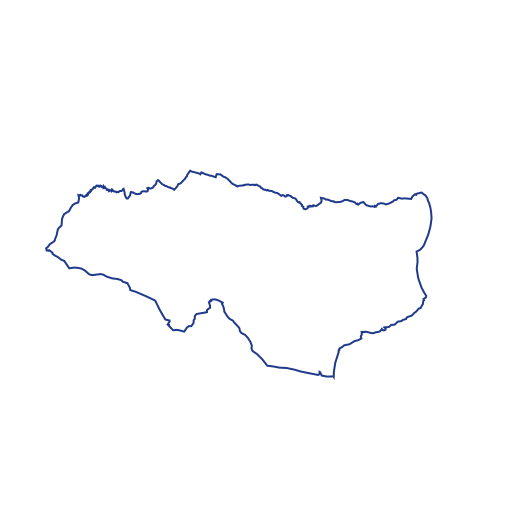 outline of El Piñón, Magdalena, Colombia, rotated 149°
{"feature_id": "7082276B5529453016246", "entity_name": "El Piñón", "entity_type": "district", "adm_level": 2, "iso_a3": "COL", "parent_name": "Colombia", "parent_adm1": "Magdalena", "projection": "robinson", "projection_center": [-74.657, 10.338], "detail": "fine", "context": "isolated", "style": "outline", "palette": "blue", "viewbox_px": 512, "rotation_deg": 149, "n_neighbors": 0, "source": "geoboundaries", "source_scale": "gbopen_adm2", "svg_char_len": 6149}
<svg xmlns="http://www.w3.org/2000/svg" viewBox="0 0 512 512"><g transform="rotate(149 256 256)"><path d="M81.5,225.2L86.6,226.7L87.3,226.0L88.1,227.0L91.3,226.4L93.6,225.0L98.8,228.8L101.5,230.1L104.2,232.7L106.5,231.8L108.9,232.6L110.6,232.2L114.6,232.4L118.0,233.2L119.7,235.4L122.0,237.1L125.0,237.7L126.6,237.0L127.2,237.2L127.8,236.7L128.3,237.7L129.1,237.1L130.4,238.6L132.4,239.5L135.2,242.7L135.6,243.8L136.1,246.9L138.4,247.6L140.3,247.7L141.8,247.4L141.9,247.9L142.1,247.7L143.4,249.4L143.5,250.8L145.0,252.8L146.9,254.6L148.8,257.0L151.2,258.4L153.5,258.4L155.8,258.9L159.6,260.8L161.1,261.9L161.2,262.8L163.1,264.2L165.5,267.5L167.0,268.3L167.8,270.0L170.4,272.4L171.2,269.8L172.3,268.6L173.3,268.2L174.9,268.2L176.1,267.9L178.9,267.9L180.8,270.0L181.3,270.0L181.7,269.3L182.7,269.9L183.2,270.6L183.7,270.2L184.3,270.5L184.5,271.2L184.8,270.9L186.1,271.6L186.2,270.9L187.2,270.4L189.6,270.6L190.8,272.0L190.7,272.8L190.1,273.7L190.8,275.1L190.5,275.3L190.2,276.3L190.6,276.8L190.6,277.8L191.0,278.7L190.9,279.8L191.9,280.0L192.4,281.1L192.5,284.3L193.0,285.5L194.6,287.0L194.7,287.7L195.1,288.2L195.2,289.3L196.8,291.1L196.8,291.5L197.8,292.2L198.1,291.6L200.0,291.6L200.6,292.3L200.8,293.2L201.2,294.0L202.2,294.6L203.3,294.5L205.2,298.9L207.3,300.8L208.7,302.9L208.9,303.6L211.3,305.2L211.9,306.6L212.6,306.5L213.3,306.9L213.7,307.8L214.3,308.1L215.5,309.4L215.9,311.0L216.7,312.1L216.6,313.3L219.0,317.1L220.0,317.1L220.2,317.5L221.0,317.6L221.2,318.2L221.9,318.7L224.2,319.7L225.3,320.9L227.3,322.1L229.5,323.0L229.8,322.7L234.8,325.1L236.1,325.2L236.2,325.6L236.8,326.0L236.8,326.7L239.0,329.9L240.7,337.1L242.1,339.8L242.9,340.5L244.6,344.4L247.6,346.4L250.0,344.3L253.3,348.2L254.1,348.5L255.7,350.8L256.5,351.2L259.8,355.8L261.6,354.7L262.4,356.2L267.8,361.7L268.5,363.0L273.4,360.8L274.3,359.8L275.4,359.7L277.1,358.8L283.2,357.1L285.7,357.6L287.7,356.2L292.0,354.9L292.8,356.8L294.6,358.9L294.5,359.1L295.7,360.1L296.8,362.0L297.8,362.8L298.2,364.0L299.5,366.0L300.4,369.9L300.3,370.4L301.0,371.5L302.9,371.1L303.9,369.8L305.5,368.8L307.6,368.7L308.4,367.9L309.4,367.7L311.9,368.2L313.3,370.1L314.2,370.1L314.2,369.0L314.5,368.3L315.6,367.4L317.1,367.8L317.5,368.4L320.2,370.0L321.4,369.9L322.2,369.1L323.0,369.0L326.2,370.3L327.6,371.8L328.7,373.9L329.2,374.0L330.0,375.2L330.4,375.2L330.9,374.8L332.7,372.8L336.3,371.3L337.2,371.9L337.3,374.0L336.6,376.9L335.9,378.1L334.9,381.8L335.5,381.8L336.6,381.1L338.0,381.1L339.3,381.9L341.1,381.6L341.9,382.3L342.9,382.5L343.0,383.5L343.8,383.9L344.6,384.9L344.9,386.1L345.2,385.7L345.4,386.1L345.9,386.0L345.8,386.4L346.4,386.2L346.3,386.6L346.7,386.3L346.8,386.9L347.1,387.1L347.0,387.3L347.6,387.8L348.2,387.5L348.3,387.9L348.7,387.7L348.7,388.4L349.4,389.1L348.9,389.2L349.3,389.5L349.1,389.8L350.0,391.4L350.0,392.6L350.4,392.6L350.3,392.2L350.6,392.1L351.1,392.5L350.7,392.9L351.1,392.9L350.8,393.2L351.2,393.6L350.9,393.8L350.8,394.4L351.4,394.0L352.4,395.0L352.6,394.6L352.9,395.1L352.7,395.0L352.5,395.3L352.9,396.1L353.2,395.8L353.8,396.3L354.1,396.2L354.1,396.8L354.8,397.2L355.3,396.9L355.5,397.3L355.1,397.4L355.2,397.8L356.0,398.0L356.5,398.5L358.8,397.4L359.2,398.2L359.6,398.0L359.9,398.4L361.6,397.4L362.8,397.6L363.1,397.2L363.7,397.5L363.9,396.7L364.3,396.5L364.9,397.0L365.5,396.9L365.7,396.1L366.2,396.1L366.2,396.5L368.0,396.4L368.3,396.0L368.3,395.3L368.7,395.0L369.1,395.4L369.4,395.0L369.8,395.4L370.3,394.9L370.9,395.5L372.2,395.0L372.8,395.1L373.1,395.8L373.7,396.1L373.7,397.4L374.7,398.0L375.0,398.7L375.5,398.5L375.8,399.0L376.6,399.0L376.9,399.5L377.9,396.6L380.8,393.4L383.9,394.2L386.8,394.1L389.8,392.8L393.0,390.8L398.9,390.7L402.0,388.7L403.6,387.1L406.7,382.7L407.3,382.2L410.3,381.7L412.2,380.8L416.7,376.0L418.7,374.7L420.5,372.9L422.2,372.5L426.6,372.3L430.1,370.9L431.9,370.7L432.6,368.5L431.6,368.1L431.1,367.3L430.3,367.5L430.1,367.1L428.9,363.9L428.8,363.3L429.3,362.5L427.7,359.2L426.3,357.0L424.8,353.0L422.9,350.6L422.4,341.6L418.0,339.8L415.2,337.9L412.0,335.0L410.1,331.6L408.5,326.5L407.4,325.0L406.1,323.9L398.5,320.5L396.6,318.8L394.6,315.2L390.8,310.9L386.8,307.8L383.9,304.7L383.4,302.5L381.2,300.1L381.2,299.8L380.2,299.0L380.5,293.6L381.3,291.5L377.3,287.0L370.2,277.0L365.5,269.9L365.4,269.3L366.3,259.1L366.4,248.5L366.2,248.0L363.3,245.2L363.8,244.3L367.0,242.8L366.7,241.6L366.1,241.4L366.5,240.2L365.4,235.6L365.1,234.9L362.0,233.5L360.5,232.3L356.5,228.2L351.8,230.3L349.5,230.4L347.6,229.2L345.0,230.3L344.1,230.7L342.5,233.0L340.8,233.7L339.5,235.9L337.8,236.7L336.6,236.8L327.0,233.1L326.0,234.7L324.4,235.2L322.0,235.3L320.9,237.3L320.2,240.6L317.9,240.6L318.2,241.3L316.8,241.6L313.5,240.0L311.0,237.2L308.6,233.1L309.8,232.6L310.0,229.8L310.6,227.5L311.8,224.5L311.6,218.8L311.1,216.0L309.0,212.3L309.0,210.7L307.5,203.6L307.5,202.5L308.4,200.1L308.4,198.3L307.8,196.8L306.0,194.1L305.1,189.8L305.1,185.1L305.7,181.4L307.3,179.3L307.8,177.9L307.8,176.2L305.6,171.3L303.8,164.1L302.8,156.1L297.8,152.2L293.5,148.3L287.4,144.2L281.6,138.8L277.0,133.8L264.0,122.0L263.1,122.0L262.0,122.5L261.2,123.9L260.8,123.2L261.5,122.2L261.0,121.0L261.3,119.7L257.5,116.3L251.6,112.8L251.6,112.5L249.0,116.5L243.1,123.6L234.7,131.0L234.1,132.0L234.0,131.9L233.1,132.8L232.8,132.7L232.2,133.7L229.1,133.6L226.3,134.0L221.3,132.2L215.0,132.3L212.4,131.3L208.2,131.0L207.6,133.1L205.7,134.3L204.7,136.1L203.4,135.5L203.6,136.0L200.4,134.2L196.9,130.6L195.7,129.7L194.4,129.1L193.0,129.1L189.6,127.7L188.4,127.6L185.8,128.6L185.8,127.6L185.5,127.6L185.2,126.8L184.4,126.2L183.0,126.1L182.6,126.4L182.3,127.4L182.7,128.7L182.3,128.6L181.0,127.7L178.4,126.7L175.5,127.3L173.2,126.0L172.3,125.8L168.2,126.7L164.9,125.3L163.1,125.6L159.9,124.7L158.9,125.4L157.5,125.7L154.0,124.8L152.5,124.8L149.7,125.7L147.7,125.8L143.3,127.1L141.6,126.6L139.7,127.9L137.7,128.8L136.4,130.6L135.5,131.5L134.8,131.5L134.5,132.9L131.6,133.0L130.6,134.1L130.7,138.5L130.4,143.5L128.7,152.0L127.8,154.9L124.8,162.3L120.8,167.4L118.5,171.4L116.1,177.1L112.3,176.8L108.7,177.8L106.6,178.7L97.0,185.9L91.0,191.8L86.1,197.9L83.1,203.8L81.6,207.7L80.4,212.0L80.0,215.3L79.4,217.2L79.5,220.4L81.5,225.2Z" fill="none" stroke="#1e3a8a" stroke-width="2"/></g></svg>